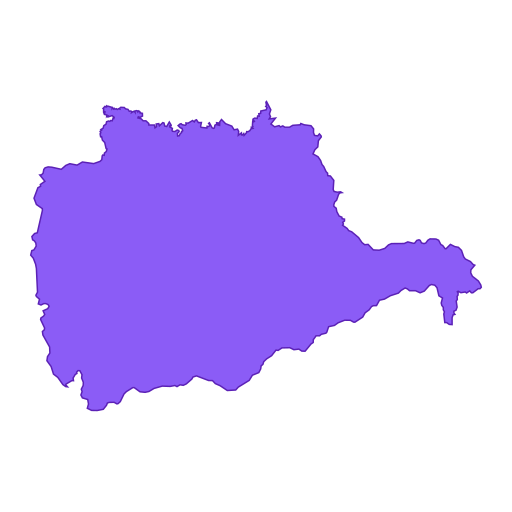 outline of Magüí (Payán), Nariño, Colombia
{"feature_id": "7082276B14140540221362", "entity_name": "Magüí (Payán)", "entity_type": "district", "adm_level": 2, "iso_a3": "COL", "parent_name": "Colombia", "parent_adm1": "Nariño", "projection": "mercator", "projection_center": [-78.054, 1.908], "detail": "fine", "context": "isolated", "style": "filled", "palette": "violet", "viewbox_px": 512, "rotation_deg": 0, "n_neighbors": 0, "source": "geoboundaries", "source_scale": "gbopen_adm2", "svg_char_len": 6045}
<svg xmlns="http://www.w3.org/2000/svg" viewBox="0 0 512 512"><path d="M474.8,265.2L473.1,264.5L470.5,261.6L465.3,259.0L463.7,256.8L461.5,250.4L458.4,247.3L454.8,246.6L450.4,244.4L446.1,248.7L445.1,248.7L442.7,245.5L440.9,244.6L438.6,240.2L435.9,239.0L430.0,238.9L427.9,240.2L425.8,243.0L424.0,243.6L421.5,242.9L420.2,240.4L419.0,239.8L416.8,240.4L414.6,243.2L413.4,243.3L407.8,241.9L404.2,243.5L391.5,243.6L388.5,244.9L384.8,248.4L379.2,250.2L373.3,249.9L368.1,244.4L364.7,244.7L362.0,242.6L358.6,237.6L351.7,231.8L348.7,230.6L347.1,228.4L342.6,225.3L343.4,224.0L342.7,222.3L344.5,221.0L344.5,219.1L342.1,218.7L341.9,217.2L339.1,216.0L336.8,211.6L336.2,208.2L333.9,206.4L333.8,204.7L334.7,202.0L336.6,200.2L338.7,194.1L340.2,192.8L341.9,192.6L340.6,191.8L337.4,192.2L334.1,191.5L333.2,189.5L333.8,180.4L330.4,176.0L327.7,175.6L327.6,173.2L326.1,171.7L323.7,166.5L322.0,164.5L320.6,160.5L318.0,156.7L313.0,153.9L314.9,149.7L317.8,146.9L318.4,140.7L321.3,136.9L321.1,135.9L319.4,133.9L317.7,135.9L314.5,135.4L313.5,132.5L313.6,128.9L311.0,125.7L304.2,124.8L300.8,123.5L300.2,124.8L292.8,125.3L289.5,127.2L284.8,127.2L282.8,125.9L280.4,126.9L279.1,125.6L274.6,126.8L270.9,124.0L275.5,118.1L269.2,118.9L270.5,116.6L269.4,114.0L270.8,109.8L266.5,101.5L265.9,102.2L266.5,105.6L265.7,106.4L267.0,107.6L266.2,109.8L260.8,111.0L260.6,113.4L258.8,113.7L259.2,116.1L257.6,116.0L257.2,118.4L254.7,118.1L253.1,119.0L252.9,119.8L254.4,121.3L253.8,121.8L252.7,121.4L252.4,125.5L252.9,126.7L251.4,127.2L252.8,128.4L251.1,128.7L249.8,130.7L248.0,131.7L246.7,131.6L246.4,132.9L244.1,135.4L243.7,133.6L242.4,135.0L241.5,134.9L241.4,132.9L238.3,135.3L238.7,131.4L237.5,129.1L234.1,129.8L231.8,126.1L225.6,123.7L221.5,119.5L219.8,121.8L219.6,125.4L217.5,124.9L219.1,123.0L216.6,122.7L216.7,124.2L214.9,125.2L214.3,128.0L213.5,128.4L212.1,127.8L209.4,122.8L208.6,123.4L210.1,125.3L208.7,126.5L207.1,126.3L206.9,128.0L201.0,127.3L200.6,126.3L201.4,122.5L198.4,122.6L196.5,119.8L195.3,120.2L194.2,121.9L192.6,120.5L188.2,123.1L185.9,123.0L186.2,124.5L185.2,125.3L182.2,124.7L181.1,123.7L180.0,124.0L178.1,125.6L180.4,127.9L182.0,128.4L182.7,130.8L181.5,131.6L181.6,132.5L180.1,133.8L179.3,135.7L177.6,136.0L177.4,133.4L179.1,131.7L178.8,130.5L177.2,130.0L175.0,131.5L172.5,131.3L172.0,130.4L172.4,128.4L169.7,126.9L169.9,125.7L171.1,125.8L171.2,125.2L169.3,122.0L166.7,126.5L164.7,126.0L164.0,123.0L162.8,122.6L159.4,125.8L158.8,123.6L156.2,124.0L156.5,126.7L155.0,127.8L154.4,125.0L148.8,125.0L148.8,123.5L145.9,120.8L143.1,120.8L141.3,118.9L137.9,117.9L138.3,116.8L140.1,117.4L142.5,116.1L142.4,113.3L140.1,112.9L140.2,112.2L138.8,110.9L137.9,111.9L137.6,110.9L136.2,110.6L134.9,111.2L135.0,112.2L134.2,111.1L131.6,112.6L131.9,111.6L130.8,111.0L129.3,111.3L128.0,109.4L125.5,108.8L124.3,107.5L120.8,107.3L119.3,108.5L119.6,109.0L118.6,108.7L117.2,109.5L116.3,108.7L115.0,109.2L114.2,108.3L113.5,109.0L112.6,107.7L112.1,108.4L112.1,107.4L107.8,106.1L107.2,106.3L107.6,107.0L106.6,105.9L106.0,107.0L104.9,106.4L103.0,108.5L103.6,108.9L103.6,111.4L105.0,111.8L104.7,113.2L103.9,113.0L104.4,114.4L106.8,115.0L106.7,116.2L107.2,115.6L107.5,116.2L108.2,116.0L108.1,116.9L112.1,115.6L114.2,117.3L113.8,118.5L113.1,118.1L112.2,120.8L110.7,120.5L109.8,121.4L108.6,121.0L106.6,121.7L106.0,124.2L103.8,125.6L103.1,128.2L100.9,129.5L101.6,130.1L100.1,131.4L100.8,132.8L100.1,133.8L100.6,136.8L101.6,136.7L102.4,140.1L104.7,142.5L106.1,148.6L107.0,149.0L106.3,151.5L104.4,153.1L104.2,155.3L102.8,155.0L102.2,155.9L101.8,159.7L100.0,161.4L93.7,163.6L82.4,162.0L77.1,165.1L69.8,163.7L65.8,165.4L61.3,169.3L51.8,167.2L48.1,166.9L45.1,167.8L43.8,169.4L43.1,173.2L41.5,174.8L39.8,175.0L44.9,181.3L40.3,184.5L40.6,186.3L37.9,187.7L34.0,198.2L36.4,204.5L42.3,208.6L42.4,210.5L37.3,232.8L34.6,233.5L31.9,236.5L32.6,239.8L34.4,240.9L35.8,243.0L36.2,246.1L33.9,249.9L31.8,250.6L30.7,255.1L33.3,258.2L35.6,264.2L36.4,268.5L37.5,292.2L35.9,295.2L36.4,296.5L39.5,299.2L38.3,303.9L41.0,305.0L43.8,303.6L45.8,303.6L48.0,304.5L49.1,306.3L47.7,308.7L43.1,310.8L44.7,314.4L43.6,316.1L40.9,318.0L40.6,319.5L44.6,328.0L44.3,329.8L42.4,331.5L42.9,335.0L49.6,347.0L49.9,353.0L47.5,356.6L46.9,360.7L51.1,366.5L53.5,374.1L57.8,377.4L62.9,384.6L65.7,386.6L67.5,386.8L65.7,384.8L66.0,384.1L71.9,380.6L73.5,380.7L73.1,378.0L75.3,374.4L76.9,373.5L76.6,372.2L78.0,370.6L79.8,370.7L82.0,374.7L81.6,378.0L83.3,382.2L83.2,385.4L81.3,389.2L82.1,391.6L80.9,395.0L82.4,397.9L87.7,399.5L88.5,404.0L87.3,408.3L91.6,410.4L97.2,410.5L103.3,409.3L106.5,405.3L107.4,403.0L109.3,402.4L114.1,402.3L116.9,403.9L118.1,403.6L120.3,401.6L124.0,394.0L126.4,391.6L132.8,387.6L134.2,387.6L140.0,391.8L145.1,392.3L148.9,391.5L154.1,388.4L162.3,386.1L170.2,386.4L174.9,385.5L177.0,386.6L180.0,384.8L183.3,385.3L186.3,383.9L191.8,379.1L193.0,377.0L196.5,375.9L208.6,380.5L212.5,380.6L215.3,383.6L220.1,385.7L227.3,390.5L235.7,390.0L238.3,387.1L249.2,380.4L252.4,375.2L258.8,372.6L260.7,368.9L261.1,365.9L262.9,364.4L263.7,361.7L266.7,358.8L271.6,355.7L276.0,350.1L278.1,350.4L282.0,347.9L289.8,347.7L293.9,349.7L298.9,349.1L301.8,351.1L305.1,351.2L311.0,344.0L313.2,342.5L313.3,339.7L316.1,335.8L319.6,335.8L321.3,334.3L325.9,333.2L326.8,332.2L328.6,326.7L334.5,325.4L338.1,322.8L344.7,320.2L350.4,320.3L353.5,322.1L354.9,322.2L362.7,317.1L365.1,312.8L369.2,309.8L371.5,306.6L373.2,305.7L376.5,305.6L379.5,300.2L384.5,299.1L390.4,295.7L398.4,293.1L401.0,290.5L405.1,288.0L407.4,288.9L409.5,290.7L415.5,290.7L420.1,292.8L424.3,291.1L429.3,285.5L431.4,284.5L434.8,285.2L437.0,287.7L438.9,295.8L442.5,298.0L441.2,303.0L441.8,305.4L443.3,307.4L443.3,309.8L444.4,311.8L443.8,314.0L444.8,322.6L446.7,322.6L449.2,324.4L452.1,324.6L452.1,317.7L453.1,314.8L454.9,314.4L453.9,313.0L453.9,311.2L456.0,310.2L457.1,307.1L456.2,301.0L457.3,299.6L457.1,296.3L458.0,295.2L458.1,292.8L457.3,291.8L458.1,291.2L460.9,292.7L465.2,292.0L466.6,293.0L469.7,290.9L471.4,292.8L472.8,292.8L478.2,288.7L480.0,288.7L481.3,287.3L480.8,285.0L478.4,281.0L472.4,276.3L470.7,272.8L470.9,269.8L474.8,265.2Z" fill="#8b5cf6" stroke="#5b21b6" stroke-width="1.5"/></svg>